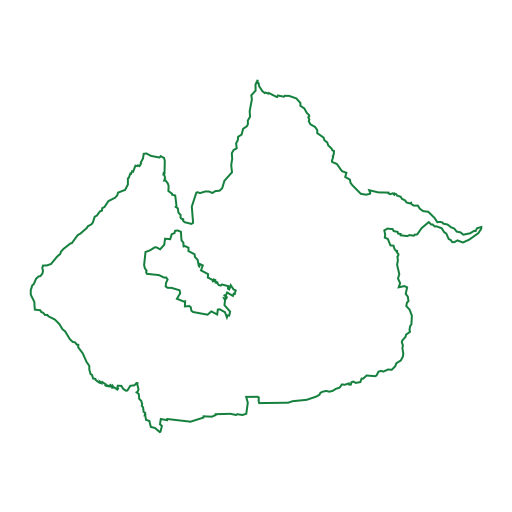 the district of Kediri, Jawa Timur, Indonesia
{"feature_id": "22746128B82286187836997", "entity_name": "Kediri", "entity_type": "district", "adm_level": 2, "iso_a3": "IDN", "parent_name": "Indonesia", "parent_adm1": "Jawa Timur", "projection": "natural_earth1", "projection_center": [112.099, -7.802], "detail": "fine", "context": "isolated", "style": "outline", "palette": "green", "viewbox_px": 512, "rotation_deg": 0, "n_neighbors": 0, "source": "geoboundaries", "source_scale": "gbopen_adm2", "svg_char_len": 6053}
<svg xmlns="http://www.w3.org/2000/svg" viewBox="0 0 512 512"><path d="M396.4,363.2L400.8,360.5L402.9,356.5L403.3,353.6L402.4,348.2L402.9,345.3L401.8,342.3L402.2,340.6L405.6,336.7L406.0,334.7L410.0,331.8L409.5,329.8L410.1,326.3L411.4,324.3L411.9,315.7L409.5,309.5L406.3,306.1L406.9,302.7L408.5,301.1L407.8,296.6L405.7,293.9L407.1,287.4L404.4,286.1L398.7,287.3L400.1,283.1L398.0,278.5L399.3,274.1L397.1,264.9L397.9,260.0L397.4,256.7L398.3,255.5L398.4,254.1L396.9,252.3L397.1,251.0L396.1,250.9L394.5,249.0L393.5,245.7L390.4,245.4L387.9,239.0L384.8,237.6L385.2,234.5L384.3,230.4L387.5,228.6L392.6,229.1L393.7,231.1L397.6,231.9L398.1,233.6L400.7,234.0L400.7,235.3L407.4,236.1L409.4,235.1L413.9,235.7L414.6,234.7L417.2,234.4L421.6,228.1L428.8,222.1L431.1,224.5L432.7,224.5L434.7,226.5L436.4,226.3L441.8,228.3L444.0,232.0L446.3,233.6L448.7,239.0L450.7,240.0L452.2,242.1L454.5,242.1L457.4,240.4L462.9,242.5L469.1,239.7L478.3,233.2L481.2,228.8L481.3,227.0L477.0,228.3L475.6,231.1L474.2,230.8L470.1,233.3L463.3,234.7L460.6,232.4L456.7,231.6L454.2,228.5L451.1,227.3L447.5,224.5L443.4,223.7L442.4,222.5L440.3,221.9L437.3,222.2L434.5,217.9L428.3,211.8L423.1,211.1L420.0,208.9L417.8,205.6L413.7,205.6L411.4,204.0L411.1,202.8L409.8,203.4L406.4,202.4L405.1,200.4L402.0,198.9L400.6,196.7L396.9,195.5L396.3,194.3L394.5,193.5L394.1,194.6L392.8,193.3L390.1,194.2L388.6,193.5L388.6,192.6L378.3,192.4L369.2,190.2L370.3,193.0L369.9,193.8L366.0,194.7L360.8,193.8L352.5,185.4L350.5,182.8L349.9,179.6L345.2,177.0L346.4,172.8L341.9,171.1L336.9,164.0L332.2,162.0L331.9,160.8L333.2,156.9L332.8,156.4L333.8,154.0L334.0,151.0L332.3,150.3L331.6,148.6L328.3,145.5L327.2,142.4L324.5,140.4L323.6,137.6L317.2,133.1L317.3,130.2L315.0,126.9L310.4,124.3L308.8,121.3L309.3,119.3L308.3,117.3L309.3,116.1L308.7,114.7L306.9,113.1L304.3,108.4L300.4,105.8L300.4,103.0L296.3,98.4L289.1,95.9L284.7,95.8L283.9,96.7L277.9,95.5L277.2,97.0L276.5,96.9L268.8,93.0L268.3,93.6L265.6,92.6L264.8,93.1L262.3,91.1L259.1,86.1L258.6,83.2L257.4,83.1L257.7,79.9L255.5,84.5L255.6,90.6L251.3,95.3L251.9,99.3L249.7,111.0L250.0,116.8L247.8,120.6L247.9,124.3L246.8,126.3L243.1,128.8L241.6,134.6L238.1,136.8L237.8,140.2L236.1,143.4L236.7,148.3L233.6,150.0L231.8,153.2L232.2,158.8L231.2,165.2L232.0,172.3L224.4,180.8L222.2,188.2L219.6,190.7L215.3,191.1L212.4,193.0L209.3,191.6L205.6,191.4L200.0,193.1L197.3,192.2L196.3,192.8L191.8,206.6L193.1,222.8L191.5,223.9L184.6,222.2L183.0,220.6L183.2,219.2L181.3,218.7L180.5,217.5L180.6,214.9L178.5,212.8L177.8,208.3L175.7,206.9L176.5,205.9L175.2,195.5L172.2,194.8L172.1,193.8L168.4,191.0L168.6,185.9L167.8,183.4L165.6,180.5L164.2,180.5L165.1,178.0L164.2,174.8L163.4,174.6L163.7,173.0L164.5,173.1L164.8,161.0L164.1,158.0L160.7,156.2L159.5,157.5L151.0,155.9L146.5,153.5L143.7,153.8L143.0,158.4L140.7,162.8L141.0,163.7L139.5,166.1L138.0,165.4L137.6,166.0L135.4,165.7L133.1,171.7L132.1,171.3L131.0,173.9L130.3,173.6L128.8,177.8L127.9,178.4L127.9,184.5L125.1,189.9L118.1,192.6L117.2,195.4L115.1,197.7L108.4,201.1L104.5,207.0L102.2,208.2L102.0,210.6L100.0,211.3L96.9,215.5L94.6,216.9L92.9,222.4L91.6,224.2L87.7,226.4L86.9,227.9L80.4,233.6L77.7,235.1L71.8,243.2L70.5,243.4L63.6,248.8L61.0,251.6L60.2,254.0L57.2,256.5L51.0,264.0L47.0,265.4L43.0,265.6L42.3,267.9L43.0,270.9L42.4,273.6L40.5,276.0L38.4,276.6L36.1,278.7L33.7,284.2L32.3,285.3L30.7,290.4L30.8,294.8L34.3,301.8L34.8,309.6L40.3,310.3L41.3,312.1L43.1,312.7L45.0,315.0L47.4,314.9L48.4,316.3L54.8,319.5L59.4,324.1L62.5,329.3L65.1,331.3L69.8,339.1L72.7,341.9L75.1,342.4L76.9,344.7L78.3,344.8L78.2,347.3L82.7,353.3L86.5,361.8L89.3,365.9L89.3,369.4L90.5,374.0L92.0,374.9L93.1,378.5L95.4,378.9L95.7,380.0L99.0,382.5L101.1,383.2L100.6,382.1L101.7,382.9L102.2,382.0L105.8,384.4L105.4,385.4L106.8,386.1L107.7,385.5L108.4,386.3L110.0,385.3L109.9,386.4L110.9,386.7L112.2,385.3L113.0,386.5L112.6,387.7L114.4,387.5L117.3,389.6L118.1,388.6L117.4,387.1L117.8,385.7L121.4,385.9L123.2,388.9L125.9,390.7L127.4,390.5L130.3,385.8L134.5,385.3L136.5,383.0L137.5,383.2L137.2,384.1L138.5,389.3L137.6,391.7L136.6,392.3L138.8,394.1L139.2,398.8L141.2,400.9L142.2,404.0L141.8,405.9L143.1,407.4L143.6,411.9L145.2,412.9L144.9,414.4L145.7,413.8L145.1,415.0L146.1,419.9L149.3,420.9L150.8,426.9L155.0,428.0L159.8,432.1L160.5,431.6L161.9,425.9L160.0,424.3L160.8,419.0L167.0,420.2L167.2,419.0L190.5,421.7L203.4,417.6L203.5,416.3L211.8,416.7L215.6,415.1L215.6,414.2L230.5,413.8L236.1,415.0L237.3,414.2L242.4,415.0L246.2,413.8L246.4,412.9L247.8,402.7L246.2,396.9L257.6,396.8L258.8,397.5L258.6,400.9L259.2,403.1L288.2,402.7L292.6,401.2L306.7,399.8L316.2,396.6L319.4,394.8L320.4,392.9L322.1,391.9L326.1,390.9L329.3,391.7L332.8,390.8L335.9,388.8L339.5,387.7L342.0,384.4L344.7,384.8L348.8,383.4L349.1,384.6L350.8,384.6L351.5,382.2L353.4,381.6L355.8,382.9L360.3,382.1L361.6,378.6L363.2,378.6L366.6,375.5L375.1,376.2L376.5,375.5L378.5,371.7L380.9,370.9L383.3,371.6L388.1,369.5L391.7,369.8L395.2,366.3L396.4,363.2ZM177.9,230.5L180.9,231.8L181.5,240.3L183.4,242.8L183.6,246.4L184.9,246.1L188.5,247.7L188.5,251.1L194.6,254.3L194.9,256.9L197.6,259.9L198.9,266.2L199.3,266.5L200.1,264.1L202.8,265.4L201.0,270.4L208.1,274.1L207.8,277.5L212.3,279.8L212.8,281.3L213.8,281.2L214.0,279.5L215.2,280.0L214.9,280.9L216.9,282.1L216.1,282.7L217.3,283.1L218.7,285.0L220.7,285.6L221.9,284.5L228.2,286.1L228.0,288.6L229.2,289.4L230.7,285.2L233.5,289.4L235.7,290.4L234.7,294.0L233.7,293.7L232.9,295.9L227.1,292.5L225.8,295.7L223.7,295.0L226.8,297.2L226.2,298.6L224.0,298.2L225.0,300.0L224.5,305.2L230.1,311.6L229.2,315.6L227.6,315.4L226.9,317.4L225.0,312.2L219.7,309.3L217.8,309.6L217.2,314.5L211.3,311.4L207.6,314.7L193.0,312.0L191.4,310.7L190.7,307.1L189.4,306.1L184.9,306.4L185.1,301.3L184.0,301.6L176.9,298.8L180.2,293.3L179.6,290.3L171.7,287.9L167.6,287.8L165.7,286.5L166.0,283.0L167.6,279.5L166.2,277.5L164.1,277.6L159.0,275.1L146.8,273.8L146.1,272.0L146.6,270.7L144.9,268.4L144.1,265.1L145.5,252.0L150.1,250.3L154.8,247.3L156.3,247.3L160.1,249.3L164.2,244.8L165.1,238.7L170.2,239.2L171.7,234.2L174.4,233.2L175.1,230.8L177.9,230.5Z" fill="none" stroke="#15803d" stroke-width="2"/></svg>